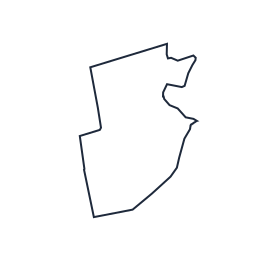 outline of Chegutu Urban, Mashonaland West, Zimbabwe, rotated 28°
{"feature_id": "62879985B25835202040787", "entity_name": "Chegutu Urban", "entity_type": "district", "adm_level": 2, "iso_a3": "ZWE", "parent_name": "Zimbabwe", "parent_adm1": "Mashonaland West", "projection": "natural_earth1", "projection_center": [30.15, -18.125], "detail": "fine", "context": "isolated", "style": "outline", "palette": "slate", "viewbox_px": 256, "rotation_deg": 28, "n_neighbors": 0, "source": "geoboundaries", "source_scale": "gbopen_adm2", "svg_char_len": 891}
<svg xmlns="http://www.w3.org/2000/svg" viewBox="0 0 256 256"><g transform="rotate(28 128 128)"><path d="M151.7,33.3L140.3,45.2L133.1,45.8L130.6,47.8L127.6,44.8L122.9,35.4L108.7,49.6L66.2,92.1L91.8,124.2L104.0,140.4L104.0,142.9L89.2,157.7L108.8,184.7L108.7,185.4L139.7,222.7L170.4,197.9L179.9,174.7L188.4,151.0L189.8,140.1L187.1,130.1L182.8,110.9L183.3,100.0L183.0,99.2L183.0,98.9L182.7,98.3L182.5,97.7L182.5,97.4L182.2,96.9L182.2,96.6L182.0,96.3L182.0,96.0L182.0,95.7L182.0,95.4L182.2,95.1L182.5,94.9L182.5,94.6L182.7,94.3L183.0,94.0L183.0,93.7L183.2,93.4L183.5,93.1L183.5,92.8L183.7,92.3L184.2,91.7L184.5,91.1L184.7,90.5L185.0,90.2L185.2,89.7L185.5,89.4L181.5,89.2L173.9,91.5L162.7,87.4L154.0,88.3L146.4,85.4L144.6,83.4L144.1,83.7L142.3,80.0L141.9,71.0L156.3,66.6L158.2,64.2L155.5,51.3L155.3,42.1L155.7,36.5L154.8,34.2L151.7,33.3Z" fill="none" stroke="#1e293b" stroke-width="2"/></g></svg>